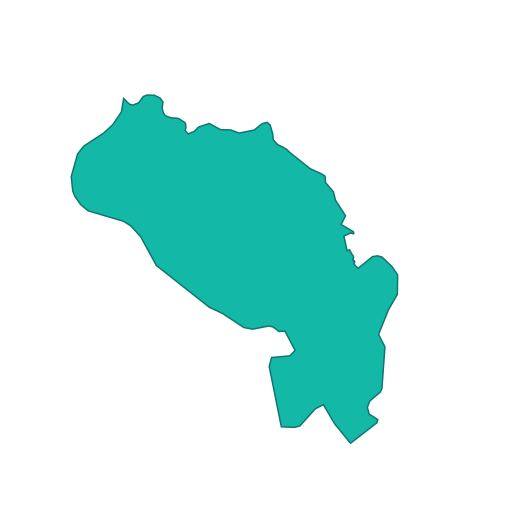 the district of Limerick City North Lea-7, Clare, Ireland, rotated 51°
{"feature_id": "5873133B71721430029846", "entity_name": "Limerick City North Lea-7", "entity_type": "district", "adm_level": 2, "iso_a3": "IRL", "parent_name": "Ireland", "parent_adm1": "Clare", "projection": "albers", "projection_center": [-8.651, 52.672], "detail": "fine", "context": "isolated", "style": "filled", "palette": "teal", "viewbox_px": 512, "rotation_deg": 51, "n_neighbors": 0, "source": "geoboundaries", "source_scale": "gbopen_adm2", "svg_char_len": 1980}
<svg xmlns="http://www.w3.org/2000/svg" viewBox="0 0 512 512"><g transform="rotate(51 256 256)"><path d="M50.3,259.7L59.3,269.9L63.8,284.6L64.6,297.0L62.2,320.7L64.4,330.4L78.0,349.6L90.3,357.6L96.0,359.3L106.0,359.9L115.3,358.0L145.5,337.2L153.8,334.3L168.4,333.5L200.6,339.4L266.7,324.5L279.3,318.3L303.9,310.5L310.8,304.6L318.5,290.0L322.0,287.4L329.1,285.6L332.6,280.8L353.9,285.0L354.9,292.5L344.7,307.8L350.2,315.3L404.7,343.8L413.5,333.8L415.7,328.9L412.1,306.1L413.9,297.2L436.2,300.5L461.0,300.4L461.7,267.1L459.7,264.3L450.0,267.6L443.6,264.6L440.3,258.8L440.0,245.1L438.3,241.6L407.8,213.0L394.1,210.1L381.2,187.0L374.8,170.3L359.8,157.8L349.8,157.0L348.5,157.1L336.0,158.8L332.3,161.5L329.8,165.9L329.8,184.2L326.7,184.9L324.7,184.8L324.4,185.0L323.8,184.8L322.8,183.7L322.9,183.3L322.9,183.1L322.7,182.9L322.4,182.8L322.2,182.7L321.7,182.7L321.3,182.9L321.3,183.0L321.2,183.1L320.6,183.3L320.3,183.3L320.1,183.1L319.8,182.4L319.2,182.5L319.1,182.3L318.8,181.6L318.4,180.9L317.1,180.4L315.9,180.5L310.1,179.4L309.2,181.9L295.9,175.2L296.0,174.0L296.2,173.5L296.3,173.2L297.9,167.5L298.1,167.5L298.1,167.4L298.6,167.3L298.9,167.0L299.1,166.8L299.2,166.7L299.4,166.6L299.6,166.7L299.8,166.7L299.9,166.3L300.0,166.0L300.0,165.7L298.2,165.1L285.1,170.0L281.1,161.1L262.7,159.1L254.8,155.4L242.7,155.8L237.5,152.1L236.1,152.5L233.7,153.3L222.1,159.0L196.1,164.7L194.7,164.8L194.3,164.8L191.9,165.2L189.5,166.3L189.1,166.2L183.0,169.1L177.0,169.5L175.6,168.8L171.7,166.2L163.0,162.5L159.1,163.3L157.0,167.9L157.0,178.1L149.8,191.8L142.0,196.4L135.6,204.0L123.5,209.0L119.6,219.6L120.3,225.2L118.6,231.9L114.0,232.0L113.8,232.0L112.2,229.7L109.5,227.9L109.4,227.9L108.9,227.6L108.7,227.4L107.8,227.2L101.0,229.4L100.6,229.7L99.8,230.1L95.5,234.7L91.7,237.3L91.0,237.7L88.7,238.2L86.5,237.8L82.5,236.3L77.7,231.4L73.1,231.1L67.2,233.7L62.3,239.5L61.3,242.6L61.2,243.6L63.1,250.6L61.3,256.7L58.2,258.9L50.3,259.7Z" fill="#14b8a6" stroke="#0f766e" stroke-width="1.5"/></g></svg>